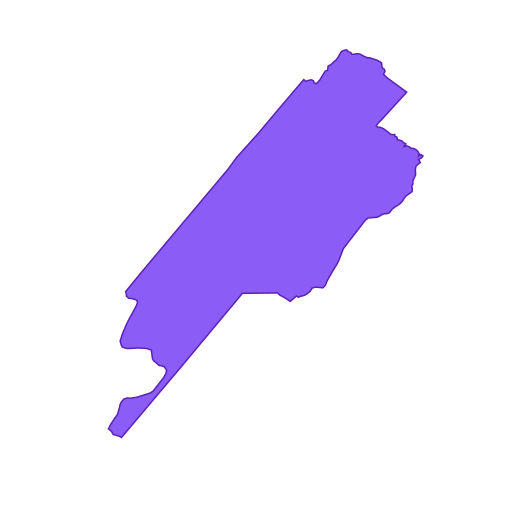 the district of Crato, Ceará, Brazil, rotated 40°
{"feature_id": "56859067B48874819584057", "entity_name": "Crato", "entity_type": "district", "adm_level": 2, "iso_a3": "BRA", "parent_name": "Brazil", "parent_adm1": "Ceará", "projection": "equal_earth", "projection_center": [-39.462, -7.289], "detail": "fine", "context": "isolated", "style": "filled", "palette": "violet", "viewbox_px": 512, "rotation_deg": 40, "n_neighbors": 0, "source": "geoboundaries", "source_scale": "gbopen_adm2", "svg_char_len": 2331}
<svg xmlns="http://www.w3.org/2000/svg" viewBox="0 0 512 512"><g transform="rotate(40 256 256)"><path d="M327.8,237.3L327.9,233.8L326.4,228.9L324.7,219.7L324.0,215.4L323.4,210.9L322.3,206.1L318.2,194.2L317.8,185.2L317.2,169.6L316.7,159.2L317.4,154.7L319.4,153.0L321.0,151.2L322.7,149.7L324.0,148.2L325.1,145.8L326.1,142.8L327.4,141.0L329.1,139.4L330.4,137.1L330.2,132.2L330.9,129.3L331.8,126.7L332.6,123.9L333.0,120.4L332.4,116.4L332.4,113.2L334.2,106.3L332.5,103.9L330.6,102.6L329.9,99.9L327.9,97.7L326.1,91.2L322.5,87.3L320.8,84.4L321.2,81.1L321.9,78.8L320.2,78.1L318.4,77.7L319.8,74.3L319.6,72.0L316.9,72.3L316.2,74.9L315.2,72.7L312.5,71.8L309.7,71.7L307.7,72.3L305.8,73.7L303.7,73.8L300.9,74.6L299.1,76.9L298.8,73.8L296.3,74.3L293.7,74.1L291.7,74.9L289.4,76.0L287.5,74.3L285.6,75.1L284.2,73.7L282.5,75.4L280.2,76.4L277.6,76.1L275.3,76.3L272.1,76.5L269.6,77.1L267.7,78.1L266.1,79.2L264.4,78.9L264.2,75.5L264.6,70.8L266.1,33.6L242.1,35.2L236.8,34.8L236.1,31.5L233.9,30.4L231.5,30.7L229.8,29.0L228.3,27.5L226.0,27.5L222.5,28.3L218.9,29.8L216.0,30.9L213.6,32.6L210.3,33.6L207.8,34.1L205.9,34.5L203.5,35.9L201.5,38.4L199.6,39.9L197.8,39.2L195.6,40.1L192.9,39.8L191.1,42.0L190.0,44.4L190.5,48.1L191.1,50.6L191.4,54.1L190.7,57.6L190.5,61.1L189.1,64.0L191.5,67.9L190.2,69.7L190.7,73.3L191.2,76.9L191.7,79.8L191.6,82.6L191.6,85.0L189.2,86.0L187.3,84.8L185.2,85.4L183.6,87.3L181.9,90.1L179.2,90.1L179.0,115.0L178.9,128.5L178.9,131.9L178.9,160.8L177.8,192.8L178.8,207.7L178.7,299.0L178.7,342.6L179.0,366.9L182.8,370.1L185.9,370.1L188.6,368.2L192.9,366.5L195.1,367.7L196.3,371.1L197.1,374.6L198.8,383.3L199.6,387.0L200.9,392.4L203.9,402.0L206.6,408.5L210.0,410.8L212.2,411.7L216.3,410.0L219.7,407.1L225.0,402.1L230.7,397.8L233.3,396.4L236.4,395.4L238.9,397.7L242.4,401.0L244.6,402.0L252.3,402.1L254.3,400.8L256.9,399.8L261.0,401.0L262.5,403.9L263.4,408.4L264.0,425.3L263.1,428.8L255.8,440.3L251.6,445.4L248.6,447.5L246.7,450.6L246.7,454.5L247.4,457.2L248.9,460.0L251.7,466.4L252.4,474.3L253.0,478.8L254.1,483.3L258.0,483.3L261.4,484.5L266.9,482.0L269.6,481.5L269.9,389.1L269.7,329.5L269.6,293.3L296.3,270.4L299.2,270.7L303.5,269.7L306.6,269.3L311.4,268.8L312.7,260.6L315.0,260.4L316.0,258.3L317.6,256.2L319.1,253.5L320.2,248.2L319.6,244.6L321.5,241.7L324.6,239.5L327.8,237.3Z" fill="#8b5cf6" stroke="#5b21b6" stroke-width="1.5"/></g></svg>